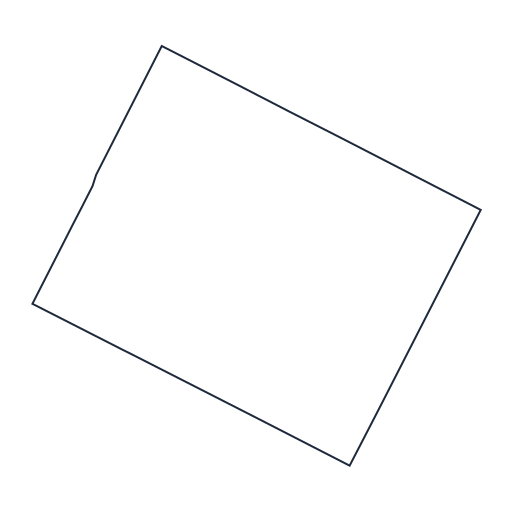 Oklahoma, Oklahoma, United States of America, rotated 27°
{"feature_id": "52423323B99277183073993", "entity_name": "Oklahoma", "entity_type": "district", "adm_level": 2, "iso_a3": "USA", "parent_name": "United States of America", "parent_adm1": "Oklahoma", "projection": "mercator", "projection_center": [-97.512, 35.551], "detail": "fine", "context": "isolated", "style": "outline", "palette": "slate", "viewbox_px": 512, "rotation_deg": 27, "n_neighbors": 0, "source": "geoboundaries", "source_scale": "gbopen_adm2", "svg_char_len": 593}
<svg xmlns="http://www.w3.org/2000/svg" viewBox="0 0 512 512"><g transform="rotate(27 256 256)"><path d="M76.7,111.7L76.7,196.1L76.7,220.3L76.7,256.3L78.6,267.9L78.6,273.8L78.6,286.3L78.6,292.5L78.5,310.2L78.5,322.3L78.5,324.1L78.5,331.5L78.5,352.0L78.5,376.1L78.5,400.1L143.3,400.1L149.7,400.1L163.9,400.1L179.5,400.1L191.4,400.0L209.3,400.0L221.2,400.0L233.3,400.0L245.2,400.0L316.4,400.0L328.2,400.0L434.6,400.3L434.9,352.4L435.0,328.4L435.3,112.9L363.9,112.6L280.2,112.2L220.4,112.2L184.4,112.0L172.4,111.9L100.6,111.7L76.7,111.7Z" fill="none" stroke="#1e293b" stroke-width="2"/></g></svg>